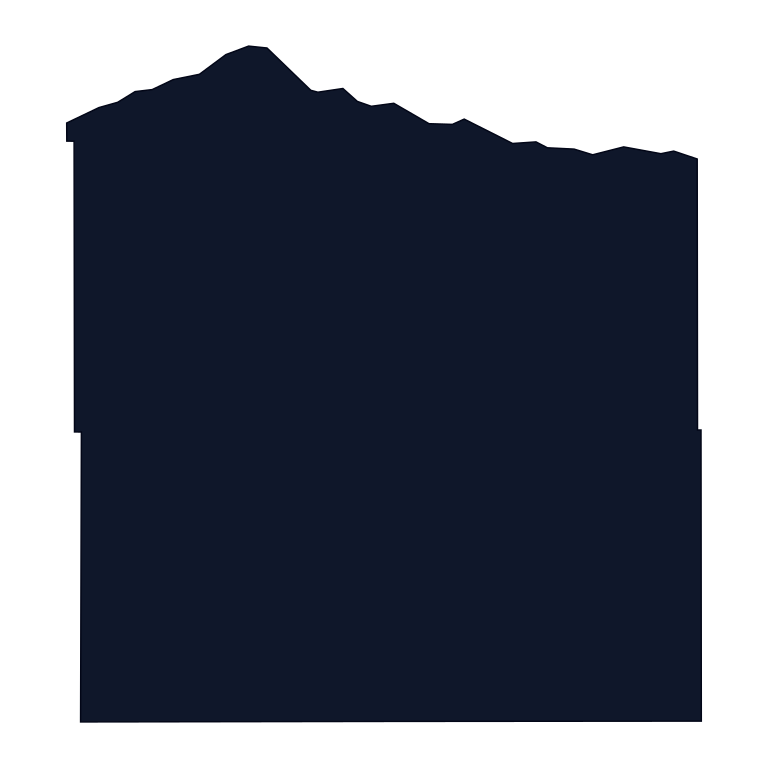 Holt, Nebraska, United States of America (Natural Earth projection)
{"feature_id": "52423323B93692161478978", "entity_name": "Holt", "entity_type": "district", "adm_level": 2, "iso_a3": "USA", "parent_name": "United States of America", "parent_adm1": "Nebraska", "projection": "natural_earth1", "projection_center": [-98.808, 42.492], "detail": "fine", "context": "isolated", "style": "filled", "palette": "ink", "viewbox_px": 768, "rotation_deg": 0, "n_neighbors": 0, "source": "geoboundaries", "source_scale": "gbopen_adm2", "svg_char_len": 582}
<svg xmlns="http://www.w3.org/2000/svg" viewBox="0 0 768 768"><path d="M701.3,721.1L701.0,430.0L697.5,430.0L697.2,159.0L673.7,151.1L660.9,153.7L623.7,146.9L592.7,154.8L574.1,149.1L547.4,147.8L536.0,141.9L512.6,143.5L464.2,119.1L452.4,124.4L429.0,123.7L393.8,103.3L371.3,106.3L357.3,101.4L342.9,88.5L317.9,92.2L310.8,90.3L267.0,48.0L248.6,46.1L225.9,54.6L199.4,74.3L173.2,79.6L152.2,89.6L135.1,91.6L117.7,102.3L98.9,107.6L66.7,123.0L66.8,141.1L74.1,141.2L74.5,431.9L81.4,432.0L80.6,721.9L88.5,721.9L395.2,721.4L701.3,721.1Z" fill="#0f172a" stroke="#020617" stroke-width="1.5"/></svg>